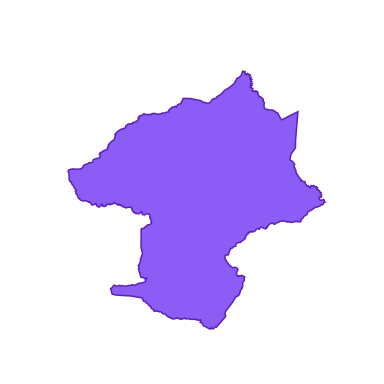 Montepuez, Cabo Delgado, Mozambique (Albers equal-area conic projection), rotated 40°
{"feature_id": "85939544B74766547400417", "entity_name": "Montepuez", "entity_type": "district", "adm_level": 2, "iso_a3": "MOZ", "parent_name": "Mozambique", "parent_adm1": "Cabo Delgado", "projection": "albers", "projection_center": [38.773, -12.625], "detail": "fine", "context": "isolated", "style": "filled", "palette": "violet", "viewbox_px": 384, "rotation_deg": 40, "n_neighbors": 0, "source": "geoboundaries", "source_scale": "gbopen_adm2", "svg_char_len": 6039}
<svg xmlns="http://www.w3.org/2000/svg" viewBox="0 0 384 384"><g transform="rotate(40 192 192)"><path d="M287.1,223.2L284.2,223.7L283.6,224.2L283.6,224.7L282.9,224.8L282.0,226.0L282.0,226.7L281.3,226.5L281.2,227.0L280.2,227.2L277.8,224.9L277.2,222.1L276.3,221.4L274.1,221.6L273.2,222.1L271.8,223.9L270.2,224.0L266.5,223.9L259.8,221.7L258.3,219.5L258.8,217.9L260.2,217.0L260.3,216.5L259.5,215.6L258.0,210.3L259.0,208.9L258.9,207.8L259.7,206.0L260.3,205.5L259.5,204.2L259.1,202.0L261.6,199.4L261.5,198.2L262.3,195.7L262.1,194.2L262.7,193.8L262.3,192.5L261.7,191.8L261.7,190.1L261.2,189.9L261.3,188.4L261.8,188.2L261.3,186.5L262.1,186.3L261.9,185.2L263.1,184.5L262.8,183.9L263.9,183.7L265.3,182.1L265.3,178.3L265.9,177.7L267.1,177.6L267.6,177.1L267.1,175.9L267.3,174.7L267.8,174.0L270.2,173.8L272.3,172.8L272.4,172.0L271.7,171.3L272.4,170.5L271.9,169.5L272.0,167.1L272.6,165.5L273.4,164.2L275.4,164.0L276.3,163.3L276.1,162.2L277.9,159.6L278.1,158.0L280.9,155.2L284.4,153.7L285.3,152.6L287.6,151.6L290.4,148.0L294.4,145.0L293.2,142.3L293.6,141.3L293.6,137.7L294.6,135.3L293.5,133.2L295.8,126.9L296.0,125.1L296.7,123.7L297.8,123.0L298.2,121.5L299.1,120.5L299.0,119.0L300.2,117.9L300.3,116.8L299.7,115.2L300.4,114.2L299.4,114.0L298.5,113.2L297.5,113.3L296.6,115.2L294.5,115.8L292.9,114.4L293.0,113.8L294.4,112.9L293.2,110.9L291.3,110.5L291.2,109.5L289.8,109.8L288.8,109.1L288.3,109.4L287.1,109.0L286.1,110.0L285.4,109.4L285.5,108.2L283.8,107.9L282.6,109.1L281.2,108.7L280.4,110.2L279.1,110.5L279.7,112.8L278.5,112.5L277.7,113.0L277.2,112.6L276.7,113.4L275.5,113.3L273.3,112.7L271.7,111.5L270.8,112.5L269.4,112.5L268.2,113.5L267.6,112.4L265.1,112.1L259.5,110.4L257.6,108.6L256.1,108.4L255.7,107.7L253.9,107.0L252.8,105.4L252.9,104.9L252.2,104.5L249.4,104.0L246.5,104.4L245.7,103.7L245.2,102.2L243.6,99.7L242.9,91.7L238.3,86.1L221.5,62.4L214.3,79.1L211.5,78.4L207.1,76.4L204.9,77.1L204.1,76.7L203.2,77.2L201.8,77.1L200.4,77.8L199.2,79.1L197.0,80.0L196.2,80.8L194.3,81.4L191.9,80.0L189.8,76.9L188.2,76.8L187.1,75.2L185.4,74.9L182.9,75.1L182.4,75.9L180.2,74.8L179.4,74.8L178.9,73.6L177.7,73.1L177.0,73.5L176.1,73.4L176.2,74.3L175.5,74.1L174.5,75.5L173.7,75.0L173.3,75.8L171.8,74.5L171.9,73.7L171.2,74.1L169.9,73.5L169.4,74.1L169.4,71.9L168.2,72.2L168.7,71.5L168.6,70.5L168.2,71.1L167.5,70.9L166.8,70.2L166.9,68.9L165.9,69.1L165.5,68.5L164.7,68.5L165.0,68.0L163.9,68.1L163.9,67.7L164.6,67.3L163.8,67.2L163.6,66.2L162.8,67.0L161.2,66.0L161.5,64.9L160.2,65.0L159.4,65.9L158.4,65.5L158.1,66.2L158.3,66.9L157.2,67.5L155.8,66.5L155.6,65.8L154.9,66.6L154.2,66.2L153.9,66.8L153.2,66.9L154.8,71.3L154.7,72.9L153.4,76.0L154.6,81.6L153.7,86.9L151.6,93.6L151.5,98.2L149.9,102.8L150.1,104.9L148.7,106.4L147.8,108.4L148.4,110.1L148.0,112.7L146.5,114.5L144.1,115.0L143.5,116.1L140.2,116.3L130.7,121.4L125.0,126.0L126.1,128.8L125.8,129.7L126.7,131.2L124.9,134.4L125.4,136.7L123.8,137.3L123.5,139.1L122.5,139.4L122.0,140.7L122.3,141.6L121.6,143.0L121.9,145.0L122.7,145.7L121.3,147.1L120.0,149.4L118.6,150.5L117.6,152.6L116.6,153.7L115.3,154.8L112.3,156.1L110.8,158.1L110.8,159.1L109.2,160.1L108.1,161.6L104.9,162.9L104.2,165.9L102.7,167.6L102.8,168.2L103.4,168.4L103.1,169.4L103.5,170.3L104.0,170.1L104.3,170.8L104.1,173.7L103.4,174.2L103.2,175.9L101.8,176.9L102.4,178.1L99.3,181.0L99.3,182.3L98.8,183.8L99.9,185.5L99.8,186.2L99.0,186.7L98.6,188.1L97.6,188.9L96.5,191.9L95.9,195.3L96.2,196.1L95.8,197.4L97.0,197.6L98.6,201.7L97.6,206.5L98.0,208.2L97.4,209.2L98.4,210.3L98.3,211.7L99.3,212.8L99.5,213.9L97.3,218.2L97.7,219.4L96.7,220.2L96.4,221.5L96.8,222.8L98.1,222.8L98.3,223.7L99.2,224.1L99.2,225.1L95.7,230.2L95.7,231.0L96.6,232.5L96.6,233.4L94.3,235.8L94.2,236.9L91.8,241.1L92.4,242.9L92.3,245.2L89.9,248.0L88.4,248.9L87.6,250.1L86.6,250.2L84.4,252.6L83.6,254.1L83.6,255.6L86.0,257.1L90.2,261.7L91.7,262.3L92.7,262.0L95.6,263.4L97.8,263.5L98.9,264.5L101.6,264.8L102.2,265.7L102.2,266.5L103.2,266.7L104.0,267.9L105.5,267.9L109.3,269.8L110.4,269.4L110.8,269.8L112.4,269.7L114.5,268.8L116.8,266.5L119.5,266.3L120.3,265.3L123.5,266.4L124.1,266.1L125.9,262.8L126.8,262.9L127.5,263.8L130.4,263.5L130.7,262.9L130.8,259.3L131.6,259.4L132.4,260.4L134.2,259.4L135.1,257.8L134.7,255.9L135.5,255.7L136.3,254.6L137.5,254.4L137.6,253.1L138.4,253.0L139.1,251.6L139.1,250.1L139.9,250.4L142.0,249.6L143.8,249.6L144.3,249.2L144.1,248.0L145.9,248.2L147.0,247.3L147.8,247.9L151.7,246.6L153.2,244.3L155.6,243.0L156.5,243.0L157.2,244.1L159.2,244.9L159.9,244.6L160.7,245.1L162.8,244.6L165.4,242.8L166.0,239.5L167.0,239.7L167.4,240.6L168.7,241.0L170.5,240.0L170.7,238.3L172.6,237.1L173.1,236.3L175.1,237.0L175.6,237.5L175.6,238.2L176.6,239.1L178.8,239.8L179.7,241.1L181.1,241.8L180.5,244.6L179.1,245.6L179.1,247.6L178.4,248.5L178.9,249.9L177.0,252.4L177.1,253.3L188.9,267.6L190.2,268.1L191.6,269.5L193.4,270.5L196.0,277.2L196.8,277.7L197.8,280.1L198.1,282.9L200.0,283.9L200.5,285.4L207.7,290.2L210.1,288.5L210.9,288.9L211.8,288.6L212.9,286.4L212.8,289.3L214.0,290.7L212.0,294.0L209.7,296.3L208.2,300.2L205.7,301.5L205.0,303.1L204.2,303.6L201.7,306.8L199.1,308.6L198.4,308.7L197.6,309.8L196.2,310.3L195.7,311.9L192.1,313.6L192.3,316.6L191.7,318.3L196.5,321.6L200.2,319.7L211.8,311.1L222.1,305.1L223.2,306.0L225.2,306.7L227.2,306.0L228.8,306.5L230.3,306.1L232.1,306.7L233.6,306.1L235.4,307.3L237.5,306.9L239.7,307.7L240.6,306.9L240.8,305.8L242.1,305.7L243.1,304.9L244.2,304.7L245.0,303.8L247.7,303.9L248.7,303.6L249.5,302.7L253.6,303.1L255.1,302.6L255.6,301.9L257.2,302.3L259.3,301.3L260.2,300.5L260.9,298.7L262.2,298.2L262.5,297.6L264.8,297.1L264.7,296.3L265.4,296.3L266.5,295.3L267.2,293.6L268.9,293.3L269.3,292.4L274.0,289.6L274.8,288.4L277.1,287.4L277.3,286.5L278.4,286.6L279.7,286.0L280.6,284.4L281.4,284.7L282.0,286.6L283.7,285.9L286.9,287.2L287.6,286.7L293.4,285.7L294.1,285.3L294.2,283.4L294.8,283.8L296.1,283.4L296.7,280.0L297.6,279.9L297.8,266.8L297.3,265.0L295.3,263.9L294.5,262.2L294.0,251.2L293.0,244.4L294.1,241.7L294.1,239.7L292.5,236.4L292.1,232.8L291.1,231.1L289.5,229.6L288.7,225.7L287.1,224.5L287.1,223.2Z" fill="#8b5cf6" stroke="#5b21b6" stroke-width="1.5"/></g></svg>